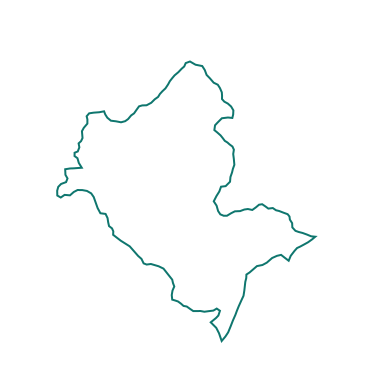 outline of Caibaté, Rio Grande do Sul, Brazil, rotated 210°
{"feature_id": "56859067B53289402005788", "entity_name": "Caibaté", "entity_type": "district", "adm_level": 2, "iso_a3": "BRA", "parent_name": "Brazil", "parent_adm1": "Rio Grande do Sul", "projection": "orthographic", "projection_center": [-54.66, -28.343], "detail": "fine", "context": "isolated", "style": "outline", "palette": "teal", "viewbox_px": 384, "rotation_deg": 210, "n_neighbors": 0, "source": "geoboundaries", "source_scale": "gbopen_adm2", "svg_char_len": 2732}
<svg xmlns="http://www.w3.org/2000/svg" viewBox="0 0 384 384"><g transform="rotate(210 192 192)"><path d="M274.6,138.5L265.7,130.9L260.7,127.8L255.9,129.8L252.1,127.2L249.4,123.8L246.8,121.0L243.1,120.5L240.5,118.6L238.9,115.5L229.3,114.2L218.8,113.8L215.5,112.7L211.1,111.2L206.7,109.7L202.3,108.8L198.2,106.0L195.0,106.5L191.6,109.1L183.8,111.0L178.4,111.4L168.1,107.3L165.3,106.2L163.0,103.7L160.1,101.3L159.6,96.9L158.0,92.6L155.3,88.9L152.4,89.6L149.4,90.2L145.7,89.8L142.4,89.1L139.3,90.2L135.2,89.8L131.4,89.5L128.3,91.3L125.1,93.2L121.4,94.5L118.3,96.9L114.2,100.0L112.3,103.4L108.4,103.1L107.4,98.2L108.2,94.9L110.6,88.5L103.1,86.5L98.0,83.2L91.8,77.8L90.8,83.6L90.5,88.5L91.4,95.2L92.3,101.0L93.0,107.4L93.7,111.4L94.4,116.4L95.1,123.4L95.5,127.9L97.4,132.8L99.1,136.7L100.9,140.8L102.0,144.6L103.6,147.7L101.9,151.1L98.7,160.3L94.5,164.0L91.9,168.2L89.6,174.9L86.5,179.2L83.4,182.1L78.5,181.4L73.9,180.8L74.6,186.1L73.8,192.1L73.0,196.0L71.1,198.7L69.0,202.1L66.4,206.4L64.3,211.0L62.9,214.9L66.7,213.2L71.3,212.6L75.8,211.8L79.7,210.7L83.0,210.1L87.4,211.5L89.7,215.1L93.4,217.0L95.3,219.5L98.1,220.6L102.6,219.8L107.1,219.1L110.1,218.2L114.0,218.5L117.6,215.8L121.0,216.2L125.1,216.5L127.6,214.5L129.0,210.6L130.8,206.6L135.1,205.2L137.9,203.0L140.8,199.5L145.2,196.7L147.5,193.2L149.8,189.0L152.6,187.3L156.3,186.8L159.9,188.6L163.9,192.5L168.5,194.8L168.8,200.8L168.6,206.1L169.5,211.1L165.8,213.9L164.2,219.9L166.2,224.2L167.1,229.0L168.1,232.3L168.9,236.7L172.2,241.4L175.3,245.5L176.9,249.6L179.7,251.6L183.2,252.0L186.1,252.6L189.2,252.7L192.2,254.0L195.5,255.3L199.9,256.2L203.6,256.8L205.4,261.3L204.6,264.8L203.0,270.8L198.1,274.5L194.1,276.3L195.1,279.7L197.0,283.4L200.9,285.6L205.2,286.5L209.2,286.4L212.5,287.5L214.1,290.4L216.0,293.2L219.8,296.0L223.3,297.8L227.9,297.5L233.3,299.4L237.9,300.7L241.9,304.0L246.1,306.2L252.6,304.0L259.0,304.0L261.9,300.5L261.5,296.8L262.6,293.6L263.7,289.0L265.4,284.3L266.0,281.0L266.6,276.9L266.5,273.2L266.8,268.5L268.0,264.5L268.8,260.9L268.9,257.4L270.6,253.7L271.9,248.9L274.7,244.4L278.4,242.1L280.7,239.7L281.1,235.7L281.5,231.1L283.0,227.9L283.8,223.2L285.3,219.9L288.3,216.9L293.2,215.2L297.9,213.2L302.5,214.0L305.9,215.8L308.5,217.9L312.2,214.7L316.9,211.5L320.4,208.7L321.1,204.9L318.9,202.6L316.8,198.9L317.8,193.5L317.7,189.6L315.6,186.6L313.8,184.0L313.5,180.6L314.5,177.4L311.9,174.4L311.2,170.0L313.3,167.3L311.7,164.4L308.1,164.0L304.6,160.6L299.6,157.9L302.4,156.0L306.2,153.4L309.4,151.4L313.2,148.3L310.2,143.6L306.6,141.5L306.0,137.6L309.4,133.5L310.4,129.6L309.4,125.7L306.9,121.6L302.9,121.6L300.9,125.8L296.0,128.1L294.4,132.9L292.1,136.5L288.0,138.8L283.5,140.4L278.6,140.4L274.6,138.5Z" fill="none" stroke="#0f766e" stroke-width="2"/></g></svg>